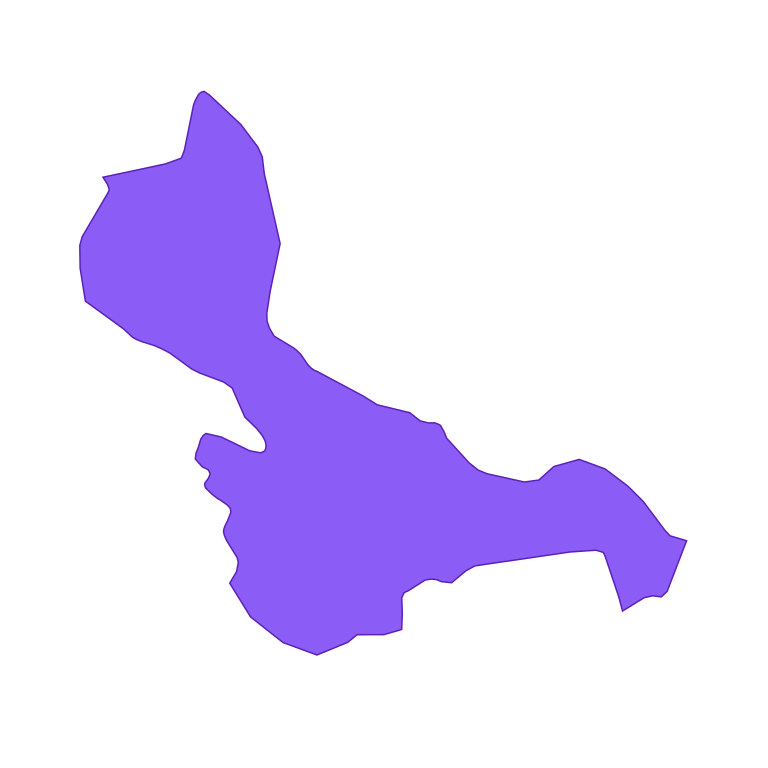 an SVG outline of Quezaltenango, rotated 95°
{"feature_id": "GTM-1945", "entity_name": "Quezaltenango", "entity_type": "Department", "adm_level": 1, "iso_a3": "GTM", "parent_name": "Guatemala", "parent_adm1": "", "projection": "robinson", "projection_center": [-91.716, 14.866], "detail": "fine", "context": "isolated", "style": "filled", "palette": "violet", "viewbox_px": 768, "rotation_deg": 95, "n_neighbors": 0, "source": "natural_earth", "source_scale": "10m", "svg_char_len": 1928}
<svg xmlns="http://www.w3.org/2000/svg" viewBox="0 0 768 768"><g transform="rotate(95 384 384)"><path d="M659.8,427.2L650.4,462.0L627.7,496.6L595.9,520.3L583.7,514.5L574.3,513.6L569.5,515.3L553.6,527.2L549.0,529.7L545.3,531.0L542.7,530.9L538.5,529.8L533.8,527.9L525.7,525.5L522.8,525.8L520.7,526.8L518.0,529.9L513.6,537.5L512.8,539.5L508.9,545.6L503.1,552.7L500.3,553.8L498.2,553.8L493.4,550.8L488.9,549.3L486.3,550.6L484.6,551.9L482.4,557.8L475.1,565.5L469.0,565.2L464.4,563.7L454.8,561.7L450.9,559.5L448.8,557.0L451.0,541.4L462.2,512.1L463.3,501.2L462.5,499.3L461.1,497.1L459.0,496.3L456.4,496.1L453.1,496.7L450.7,497.7L448.6,499.0L445.3,501.4L439.5,506.9L429.0,519.8L401.2,534.9L396.0,544.0L389.2,568.4L385.8,576.9L371.8,600.1L368.4,608.2L365.7,616.2L362.9,629.0L361.1,634.8L359.4,638.5L351.8,648.3L327.5,688.7L295.1,696.8L272.4,699.1L263.6,697.5L217.9,675.8L214.7,674.7L212.8,675.2L208.8,677.1L202.5,682.0L183.9,621.3L176.9,606.0L174.9,605.0L168.2,603.2L122.3,598.0L118.2,596.8L111.5,593.9L109.1,591.3L108.2,588.7L111.2,583.3L138.0,549.2L159.1,530.2L168.2,525.1L184.9,521.6L253.2,499.7L301.9,505.5L323.7,506.9L331.5,506.0L338.3,503.0L345.9,497.6L356.0,477.1L357.9,474.2L361.4,469.8L371.6,461.4L374.5,458.0L376.4,454.7L377.2,452.0L398.2,402.8L399.4,400.6L405.3,389.0L410.4,355.7L417.6,344.8L418.9,336.3L418.3,330.1L419.3,326.4L420.3,324.1L426.5,319.9L432.5,316.9L455.2,292.3L461.5,282.8L464.4,273.7L469.4,235.7L466.2,221.4L451.4,207.6L442.1,183.0L449.3,156.4L464.3,132.4L478.4,115.5L505.3,91.4L510.3,85.8L513.8,68.9L566.0,83.9L571.9,89.2L571.6,97.9L574.2,106.2L589.4,126.6L575.8,131.5L536.1,148.8L534.3,149.8L532.6,151.0L531.1,158.3L535.1,183.9L554.2,264.7L557.3,277.7L563.1,286.3L576.1,299.3L575.9,309.7L574.3,314.5L574.2,320.0L575.7,325.9L588.1,342.1L589.0,343.9L590.2,345.8L595.5,347.7L610.6,345.8L627.0,345.0L633.7,362.3L636.1,389.0L644.5,397.6L659.8,427.2Z" fill="#8b5cf6" stroke="#5b21b6" stroke-width="1.5"/></g></svg>